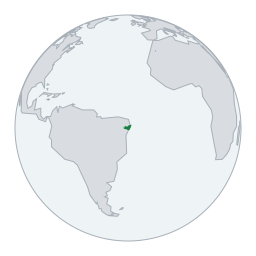 Alagoas on an orthographic globe, rotated 345°
{"feature_id": "BRA-623", "entity_name": "Alagoas", "entity_type": "State", "adm_level": 1, "iso_a3": "BRA", "parent_name": "Brazil", "parent_adm1": "", "projection": "orthographic", "projection_center": [-36.639, -9.667], "detail": "fine", "context": "on_globe", "style": "filled", "palette": "green", "viewbox_px": 256, "rotation_deg": 345, "n_neighbors": 0, "source": "natural_earth", "source_scale": "10m", "svg_char_len": 6737}
<svg xmlns="http://www.w3.org/2000/svg" viewBox="0 0 256 256"><g transform="rotate(345 128 128)"><circle cx="128" cy="128" r="113" fill="#eef3f6" stroke="#a8b0b8"/><path d="M89.2,22.2L92.0,21.3L90.5,21.9L94.0,20.7L94.8,20.4L96.6,19.8L98.3,19.3L96.8,19.8L95.7,20.2L96.1,20.1L94.6,20.6L96.3,20.1L94.2,21.0L98.8,19.5L99.2,19.7L97.2,20.5L94.1,21.2L81.7,26.0L78.7,27.7L77.5,29.0L82.0,29.3L80.0,31.1L79.6,32.8L82.2,31.3L83.4,29.4L88.2,27.4L89.1,25.7L91.1,24.8L93.4,23.1L96.5,22.6L98.4,23.1L96.7,24.6L97.4,25.1L101.9,23.2L101.5,26.1L105.9,28.3L105.4,29.4L99.4,31.5L92.2,32.1L84.4,36.4L93.0,33.0L91.6,36.2L92.9,36.7L95.0,36.3L96.9,35.0L97.2,36.1L88.8,39.5L88.4,38.5L91.1,37.3L87.7,37.8L82.0,40.7L81.7,42.4L73.4,46.0L73.1,47.4L71.2,49.2L72.2,46.6L70.2,51.5L60.4,58.6L57.5,68.3L56.5,61.4L53.8,61.3L50.3,62.4L49.7,63.9L45.8,64.1L40.7,68.7L36.7,77.2L36.4,83.0L40.9,81.8L43.3,77.7L47.3,76.0L42.3,86.5L48.8,86.3L46.9,94.0L48.6,97.6L52.4,95.8L56.1,97.0L59.5,92.1L64.7,89.0L64.1,95.2L67.5,89.2L70.1,91.8L80.8,90.5L79.8,92.0L88.8,98.8L99.5,101.6L102.0,106.2L100.6,109.2L104.6,110.0L104.7,111.9L121.4,114.7L130.7,119.8L130.9,126.7L124.1,134.7L120.2,152.0L108.5,157.9L107.0,165.1L100.6,175.8L93.3,175.4L97.0,180.5L94.2,183.8L90.0,184.3L90.6,188.1L87.5,188.4L90.6,190.7L87.8,195.9L91.2,199.7L89.7,203.9L92.0,206.1L90.7,206.1L89.8,207.1L90.5,208.4L85.3,206.7L81.2,201.7L81.2,198.9L79.3,198.7L79.0,191.6L77.8,193.1L74.0,183.0L73.7,174.4L69.5,150.7L66.6,146.3L58.9,141.9L49.3,126.5L51.1,119.4L49.4,116.5L55.0,106.2L54.1,97.9L52.2,97.1L50.0,100.6L44.2,96.6L43.0,90.8L29.7,86.1L29.2,83.7L30.8,78.9L34.3,66.2L29.1,79.1L28.9,77.2L30.3,73.0L31.4,71.3L34.8,64.9L35.6,63.6L40.8,56.7L46.5,50.3L52.6,44.3L59.2,38.8L66.2,33.8L73.6,29.4L81.3,25.5L89.2,22.2ZM56.1,71.9L63.6,75.4L58.3,76.9L59.5,75.8L57.8,74.1L54.3,73.0L49.9,74.9L56.1,71.9ZM61.7,65.6L60.3,65.5L61.8,65.2L61.7,65.6ZM91.5,23.5L92.4,23.3L91.5,23.7L91.5,23.5ZM91.6,23.1L89.9,23.7L89.7,23.6L90.7,23.2L91.6,23.1ZM93.7,22.4L89.5,23.4L89.2,23.2L92.9,21.7L93.7,22.4ZM93.1,20.9L94.4,20.5L93.6,20.8L92.7,21.0L93.1,20.9ZM102.7,18.2L98.6,19.3L98.8,19.2L102.7,18.2ZM106.8,17.6L105.2,17.8L106.0,17.6L106.8,17.6ZM107.3,17.3L108.5,17.1L107.9,17.2L105.4,17.7L107.3,17.3ZM94.8,210.5L86.1,207.5L90.6,208.8L91.8,206.5L97.0,209.0L94.8,210.5ZM99.1,204.7L101.6,203.4L102.8,204.0L101.3,205.0L99.1,204.7ZM236.4,97.4L236.3,100.5L234.0,92.6L222.1,70.4L221.2,68.4L221.0,68.1L220.7,67.7L222.1,70.9L219.2,66.9L228.1,81.4L230.7,87.7L236.3,101.0L236.4,102.0L237.5,105.0L238.1,104.1L238.6,106.7L239.8,118.0L236.9,132.4L235.9,144.6L233.3,154.6L228.5,159.9L225.8,168.1L222.9,170.2L220.7,174.7L216.5,179.0L210.8,182.7L204.4,181.3L206.4,177.0L206.9,168.2L208.5,147.8L212.7,139.3L213.2,132.5L208.2,116.9L209.5,109.0L207.6,105.5L203.9,105.8L201.4,101.7L199.0,101.4L181.9,103.0L175.1,97.7L163.5,82.5L165.5,76.6L163.2,70.1L174.7,49.9L180.1,51.3L192.6,50.2L194.7,51.2L196.4,55.5L208.4,62.8L208.4,59.4L216.0,64.3L219.0,65.4L214.3,57.2L209.4,55.1L205.4,50.8L206.7,48.9L210.5,51.5L209.1,49.9L204.0,45.3L202.1,43.3L201.9,43.6L204.0,45.4L203.9,45.9L202.0,44.3L201.4,43.5L199.5,42.3L202.7,46.8L205.3,49.1L201.9,48.9L205.8,52.8L205.8,54.3L199.3,48.2L197.8,46.2L188.0,40.0L189.3,41.9L198.6,48.1L196.9,47.4L198.7,50.6L196.0,47.6L185.5,40.9L180.6,41.5L179.2,49.2L175.3,49.7L169.9,48.0L165.7,39.9L174.8,39.7L173.4,37.4L167.5,34.0L170.7,34.4L169.4,33.2L172.4,33.2L172.7,30.7L175.1,30.7L171.4,27.5L172.1,27.3L174.2,29.1L176.9,30.7L182.5,31.6L182.5,31.1L179.6,29.1L181.5,29.8L178.0,27.8L179.3,27.9L174.7,26.2L171.2,24.4L169.9,23.5L167.9,22.8L170.0,24.3L171.6,25.2L174.3,26.4L177.8,29.4L176.7,29.7L169.8,25.8L167.5,25.9L163.2,23.3L160.2,20.1L160.6,20.2L168.2,22.8L175.6,25.9L182.8,29.6L189.7,33.8L196.3,38.4L202.5,43.5L208.4,49.1L213.8,55.0L218.8,61.4L223.4,68.0L227.4,75.0L230.9,82.3L233.9,89.7L236.4,97.4ZM174.3,59.8L174.8,61.6L174.3,59.8ZM81.2,90.4L82.4,91.5L80.6,91.7L81.2,90.4ZM57.1,79.4L58.9,79.3L59.7,80.0L58.2,80.5L57.1,79.4ZM73.9,77.3L76.2,77.5L73.5,78.3L73.9,77.3ZM64.9,75.9L71.9,77.3L66.8,79.6L62.4,78.9L65.7,77.9L64.9,75.9ZM59.8,69.0L60.8,69.2L60.1,70.3L59.8,69.0ZM62.8,65.4L62.3,65.6L62.0,64.8L62.8,65.4ZM92.1,36.0L92.8,35.8L94.7,35.8L93.4,36.4L92.1,36.0ZM106.0,32.8L106.1,34.8L105.1,33.7L103.2,34.7L98.8,33.9L105.0,29.9L103.0,31.7L106.0,32.8ZM94.5,32.2L96.6,32.9L94.1,32.3L94.5,32.2ZM159.3,27.4L161.6,28.1L162.4,29.4L159.2,30.3L158.1,28.4L159.3,27.4ZM164.7,28.9L158.8,25.4L160.5,25.0L160.5,25.7L162.3,25.8L162.8,27.1L170.3,30.6L171.5,32.0L165.0,32.3L166.5,31.3L164.1,30.6L164.7,28.9ZM140.5,20.0L137.9,19.2L145.0,19.2L146.5,19.9L143.5,20.6L139.9,20.2L140.5,20.0ZM101.1,19.8L99.6,20.1L100.1,19.9L101.6,19.4L101.1,19.8ZM106.0,17.7L107.8,18.4L106.2,18.7L109.1,19.2L106.2,20.3L104.4,19.9L104.3,21.2L101.5,21.3L101.9,22.3L98.2,21.3L95.7,21.7L99.6,20.7L102.4,19.7L102.9,19.3L102.3,18.8L98.2,19.5L100.3,18.8L102.9,18.2L104.2,17.9L102.4,18.4L105.5,17.7L103.9,18.2L106.0,17.7ZM134.3,15.5L135.9,15.8L134.7,15.7L135.8,15.9L135.9,16.0L137.0,16.2L135.3,16.3L136.5,16.7L135.0,16.6L137.6,17.2L134.9,16.8L134.8,17.2L137.5,17.3L125.4,19.1L122.4,20.7L121.4,22.4L116.9,22.0L115.1,20.4L115.0,18.6L118.5,17.4L115.8,17.7L116.7,17.2L118.5,17.2L116.3,17.0L117.5,16.7L117.5,16.1L113.7,16.4L115.6,16.1L114.1,16.2L124.2,15.4L134.3,15.5ZM111.0,16.6L109.3,16.9L108.8,17.0L111.0,16.6ZM195.1,49.7L196.3,50.1L197.9,50.2L199.0,52.4L195.1,49.7ZM187.9,45.1L188.8,44.9L191.1,47.7L189.8,47.5L187.9,45.1ZM187.3,42.7L188.7,44.7L187.1,43.5L187.3,42.7ZM174.7,29.0L175.4,28.9L176.3,29.4L176.8,30.1L174.7,29.0ZM214.6,58.3L214.9,59.6L214.0,58.6L214.1,58.3L214.6,58.3ZM207.5,55.6L210.1,57.2L207.8,56.2L207.5,55.6ZM236.5,156.2L229.5,173.0L228.7,172.1L230.8,166.6L234.9,156.2L236.5,154.2L237.9,149.8L236.5,156.2Z" fill="#d9dde1" stroke="#a8b0b8" stroke-width="1"/><path d="M130.9,126.5L130.7,126.8L130.6,127.0L130.4,127.3L130.2,127.4L130.2,127.5L130.0,127.8L129.9,127.8L129.8,128.0L129.7,128.0L129.7,127.9L129.6,128.0L129.4,127.9L129.4,128.0L129.5,128.2L129.5,128.3L129.4,128.4L129.3,128.5L129.2,128.6L129.2,128.8L129.0,129.0L128.8,129.1L128.7,129.2L128.7,129.3L128.4,129.6L128.2,129.5L128.1,129.4L128.1,129.2L127.9,129.2L127.7,129.1L127.6,128.9L127.4,128.9L127.4,128.7L127.2,128.6L126.9,128.4L126.9,128.5L126.9,128.4L126.7,128.3L126.7,128.2L126.4,128.1L126.2,128.1L125.9,127.9L125.7,127.9L125.4,127.7L125.2,127.6L124.9,127.3L125.0,127.3L125.1,127.2L125.3,127.0L125.5,126.9L125.7,126.7L125.8,126.4L125.9,126.5L126.0,126.6L126.3,126.6L126.5,126.7L126.5,126.8L126.9,127.2L127.1,127.2L127.3,127.3L127.5,127.3L127.5,127.2L128.0,127.2L128.1,127.3L128.1,127.2L128.3,127.2L128.6,127.1L128.7,126.9L128.8,126.9L129.0,126.7L129.3,126.5L129.5,126.4L129.6,126.5L129.8,126.5L130.0,126.4L130.3,126.4L130.4,126.5L130.6,126.5L130.8,126.5L130.9,126.5Z" fill="#22c55e" stroke="#15803d" stroke-width="1.5"/></g></svg>